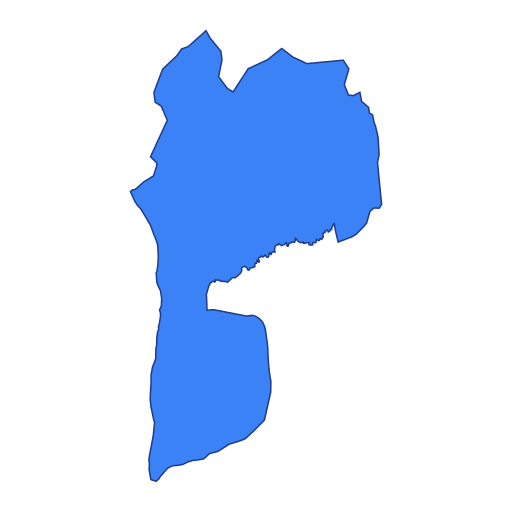 Gulani, Yobe, Nigeria (Equal Earth projection)
{"feature_id": "59680162B10585943230735", "entity_name": "Gulani", "entity_type": "district", "adm_level": 2, "iso_a3": "NGA", "parent_name": "Nigeria", "parent_adm1": "Yobe", "projection": "equal_earth", "projection_center": [11.802, 10.918], "detail": "fine", "context": "isolated", "style": "filled", "palette": "blue", "viewbox_px": 512, "rotation_deg": 0, "n_neighbors": 0, "source": "geoboundaries", "source_scale": "gbopen_adm2", "svg_char_len": 5043}
<svg xmlns="http://www.w3.org/2000/svg" viewBox="0 0 512 512"><path d="M381.6,204.4L377.5,162.3L379.1,154.7L378.1,137.3L375.5,126.1L374.1,122.5L372.6,114.9L369.4,113.0L368.6,107.4L361.6,101.4L359.9,92.3L353.3,95.6L348.4,95.0L344.3,84.6L348.8,69.1L348.5,68.4L343.3,60.2L306.9,63.6L292.6,56.9L287.9,53.2L281.7,48.5L274.8,53.9L270.4,57.5L267.4,59.8L254.4,65.8L253.4,66.3L248.8,68.5L248.4,68.4L233.1,91.9L227.3,88.4L218.6,76.7L222.0,59.8L220.9,51.3L210.2,38.2L206.0,30.7L188.2,46.6L181.6,49.0L176.5,56.1L170.4,61.8L162.8,69.0L162.7,69.2L160.2,75.5L153.9,92.5L155.2,102.3L161.2,106.1L167.4,120.4L166.4,122.2L150.5,156.8L156.9,163.0L156.5,166.6L153.5,175.9L143.8,181.8L139.9,185.3L135.2,189.4L132.2,190.0L130.4,191.6L133.2,197.7L134.7,201.1L137.6,205.5L140.7,208.8L145.3,216.4L147.1,219.5L147.5,220.1L148.3,221.5L150.3,224.9L151.2,227.1L152.5,230.7L153.3,233.0L156.1,240.0L157.6,244.8L157.9,248.2L158.1,252.3L158.3,255.6L157.9,264.6L157.3,268.6L156.9,271.5L156.2,272.7L156.4,275.7L156.5,278.2L156.7,280.3L156.8,282.2L158.1,285.9L160.5,290.7L161.7,298.9L161.3,306.0L160.6,307.7L159.5,310.1L160.5,313.1L160.4,316.8L159.7,321.3L159.3,323.6L158.4,327.2L158.7,329.0L157.5,332.2L156.8,337.8L156.7,342.9L156.6,345.3L155.9,348.7L155.7,358.8L152.5,367.1L151.9,370.4L151.0,375.4L151.1,382.8L150.4,393.7L150.2,399.3L150.9,406.4L153.9,420.8L154.6,421.8L153.3,435.1L151.2,446.6L149.4,455.7L148.9,460.5L149.4,463.7L149.1,469.9L150.9,479.6L153.4,480.4L156.2,481.3L158.7,479.0L160.8,475.9L167.7,468.2L172.3,465.8L177.9,465.3L182.9,464.4L187.8,462.0L192.6,460.5L198.6,459.8L203.7,458.9L209.5,453.6L218.0,451.4L229.1,444.2L241.4,440.4L245.6,438.5L254.5,430.1L264.4,420.1L270.7,392.3L270.9,381.4L270.0,376.5L269.3,371.5L268.4,362.0L268.1,357.3L267.8,348.9L267.3,343.3L266.3,336.3L266.2,335.4L266.2,335.1L266.1,334.7L265.5,330.2L265.4,329.9L265.4,329.7L265.4,329.4L265.3,329.2L264.8,327.3L263.7,324.5L263.7,324.4L263.6,324.2L263.5,323.9L263.4,323.8L263.4,323.7L263.2,323.4L262.5,322.0L260.7,320.0L258.8,318.3L257.0,317.1L254.8,316.0L252.7,315.4L251.1,315.4L246.7,316.1L213.3,309.6L207.0,310.3L206.6,297.6L206.3,294.8L208.7,286.2L210.1,283.9L210.1,282.9L210.9,282.7L211.5,282.3L211.9,281.7L212.6,281.5L213.2,281.2L214.0,281.4L214.3,282.0L214.9,282.0L215.3,281.4L215.2,279.9L216.1,279.9L217.0,280.1L217.5,280.4L218.2,280.0L218.8,279.8L219.4,280.4L220.7,281.3L221.6,281.0L223.7,281.6L225.4,281.3L226.4,282.0L227.6,282.2L232.5,277.6L233.7,277.6L235.1,277.8L237.8,275.7L240.8,272.8L241.7,270.8L241.6,269.1L241.7,267.7L242.4,267.2L243.7,266.7L244.5,266.2L245.7,267.0L246.9,267.6L247.2,268.9L247.9,269.8L248.2,270.2L249.3,269.8L249.8,268.9L250.3,268.0L251.1,267.8L252.6,267.6L253.9,267.2L254.8,266.6L254.9,265.6L254.8,264.3L255.3,263.4L256.5,263.2L256.5,262.2L256.8,260.9L257.2,260.2L257.7,260.4L257.6,261.4L257.9,261.7L258.6,261.9L259.1,262.1L259.4,261.7L259.4,260.9L258.9,260.3L258.5,259.7L258.5,259.0L258.8,257.7L259.2,257.3L260.2,257.2L260.7,256.9L261.0,256.0L261.6,256.0L262.1,256.5L262.6,257.0L263.6,256.7L263.9,256.3L264.6,255.5L265.0,255.0L265.6,255.4L265.9,256.0L266.3,256.6L266.8,257.0L267.5,257.4L268.2,257.0L268.8,256.3L268.9,255.6L269.1,254.7L269.2,253.6L269.7,252.6L270.4,253.1L270.8,254.2L271.2,254.4L271.4,253.9L271.8,252.6L272.4,252.0L273.0,251.8L273.7,251.9L274.3,252.1L275.0,252.0L274.7,250.8L274.5,249.4L274.8,248.3L274.9,247.1L275.4,245.9L276.3,245.1L276.8,245.1L278.1,244.8L278.6,243.7L281.2,245.4L281.7,245.6L283.2,244.9L284.3,244.6L285.4,243.6L286.0,242.7L286.6,243.0L286.5,243.9L287.0,244.7L286.9,245.7L287.4,246.3L288.1,246.2L288.4,245.1L289.0,243.8L289.6,243.0L290.5,243.0L291.5,242.7L292.2,241.8L293.0,241.9L294.0,242.4L294.6,242.2L294.9,241.4L295.3,240.5L295.4,239.9L295.0,238.9L295.4,238.3L295.9,238.6L296.8,239.9L297.8,240.9L298.9,241.9L300.4,242.6L302.4,242.6L302.9,242.0L303.6,242.6L303.7,243.4L305.6,243.2L306.3,242.6L308.9,242.6L308.8,243.8L308.9,244.5L310.0,245.0L311.5,245.1L312.8,244.8L312.6,243.9L312.6,242.6L313.3,242.4L314.1,242.5L314.9,242.8L315.7,242.6L316.2,241.6L316.3,240.6L316.2,240.1L316.3,239.6L316.6,239.3L317.2,239.8L317.8,240.2L318.4,240.6L319.5,240.3L319.6,239.9L319.9,239.2L320.4,238.6L320.8,238.6L321.2,239.1L321.7,239.3L322.2,238.6L322.8,237.4L323.4,236.9L323.2,236.0L322.8,234.8L322.9,233.6L323.6,233.4L323.9,232.7L324.5,232.1L325.0,232.3L325.4,231.3L325.8,230.8L326.3,230.1L326.9,230.1L327.4,230.8L327.8,230.8L328.3,232.0L328.8,231.8L329.7,231.4L329.7,230.3L331.1,229.4L331.6,229.5L331.7,228.7L331.8,227.4L332.6,226.3L332.9,225.0L333.7,224.5L334.1,222.9L335.2,229.5L338.1,242.0L338.3,242.0L338.3,241.9L338.5,241.9L338.8,241.8L339.0,241.8L339.1,241.7L339.3,241.7L341.8,240.6L343.6,240.0L344.1,239.9L346.7,238.8L349.2,237.8L351.0,237.2L351.3,237.1L351.5,237.0L351.7,236.9L351.8,236.9L352.0,236.8L352.1,236.7L352.3,236.6L352.5,236.5L353.9,235.6L355.4,234.7L355.5,234.7L355.8,234.4L356.0,234.3L356.1,234.2L356.3,234.1L356.5,233.9L356.7,233.7L356.8,233.6L357.0,233.4L362.8,227.5L362.9,227.4L363.2,227.1L366.5,223.3L370.0,211.4L373.9,208.0L379.1,208.2L381.6,204.4Z" fill="#3b82f6" stroke="#1e3a8a" stroke-width="1.5"/></svg>